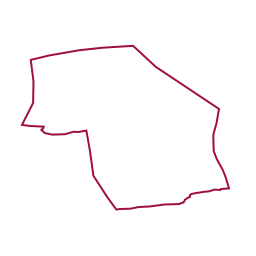 outline of Korle Klottey Municipal, Greater Accra, Ghana, rotated 5°
{"feature_id": "2480657B35357833911053", "entity_name": "Korle Klottey Municipal", "entity_type": "district", "adm_level": 2, "iso_a3": "GHA", "parent_name": "Ghana", "parent_adm1": "Greater Accra", "projection": "albers", "projection_center": [-0.193, 5.56], "detail": "fine", "context": "isolated", "style": "outline", "palette": "rose", "viewbox_px": 256, "rotation_deg": 5, "n_neighbors": 0, "source": "geoboundaries", "source_scale": "gbopen_adm2", "svg_char_len": 911}
<svg xmlns="http://www.w3.org/2000/svg" viewBox="0 0 256 256"><g transform="rotate(5 128 128)"><path d="M150.4,64.7L125.9,45.7L105.9,48.7L95.4,50.3L72.5,54.8L43.5,62.5L25.2,68.6L29.8,89.9L31.3,111.3L22.1,134.2L30.7,134.5L43.9,134.0L43.8,135.1L43.0,136.2L41.9,137.3L42.4,138.2L43.8,138.7L45.0,140.0L46.7,140.5L49.4,140.7L53.0,141.2L65.8,139.7L74.3,136.4L78.7,136.4L86.7,134.2L91.9,153.3L97.7,178.6L113.5,198.8L123.5,210.3L126.3,209.5L137.3,208.2L145.1,205.9L156.3,204.3L171.2,201.0L181.4,199.8L185.6,199.3L188.3,197.8L189.6,197.5L190.4,196.3L190.8,194.7L192.4,193.4L193.7,192.2L194.7,191.9L195.7,191.4L195.5,189.6L196.8,188.3L202.0,186.7L205.7,185.9L208.5,185.1L214.4,184.0L219.4,181.9L222.8,181.7L225.3,181.8L225.8,180.7L233.9,179.4L229.5,168.3L225.8,161.1L219.2,151.3L215.4,143.6L213.8,129.7L213.7,126.3L215.8,115.2L216.0,112.6L217.0,101.1L150.4,64.7Z" fill="none" stroke="#9f1239" stroke-width="2"/></g></svg>